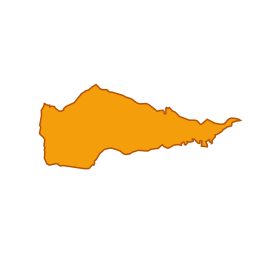 Wedjah, Sinoe, Liberia (orthographic projection), rotated 222°
{"feature_id": "62588387B38040387852125", "entity_name": "Wedjah", "entity_type": "district", "adm_level": 2, "iso_a3": "LBR", "parent_name": "Liberia", "parent_adm1": "Sinoe", "projection": "orthographic", "projection_center": [-8.85, 5.295], "detail": "medium", "context": "isolated", "style": "filled", "palette": "amber", "viewbox_px": 256, "rotation_deg": 222, "n_neighbors": 0, "source": "geoboundaries", "source_scale": "gbopen_adm2", "svg_char_len": 1863}
<svg xmlns="http://www.w3.org/2000/svg" viewBox="0 0 256 256"><g transform="rotate(222 128 128)"><path d="M49.5,208.9L51.2,208.7L54.6,207.0L58.1,204.3L59.2,201.7L59.2,195.5L61.9,192.4L67.1,189.5L75.0,187.4L75.9,179.9L76.6,179.1L81.5,179.6L83.2,178.8L87.8,174.8L97.4,171.0L103.2,171.4L106.5,170.4L111.1,170.8L111.4,169.4L113.1,169.1L113.0,167.8L109.7,164.4L109.7,163.5L110.6,162.9L112.3,164.4L113.7,164.7L116.1,162.3L117.4,160.0L127.4,159.4L130.6,158.5L135.6,153.6L138.6,152.5L145.1,151.9L150.6,149.4L153.4,148.9L163.6,144.1L165.6,142.5L167.3,141.9L168.3,142.6L169.7,142.0L173.1,139.1L175.3,138.5L180.8,138.9L182.1,134.6L182.7,130.0L184.2,127.5L185.5,122.2L184.9,110.9L188.5,102.4L188.7,98.9L187.7,98.0L189.4,95.2L191.0,94.3L194.9,94.1L197.1,94.6L199.7,92.9L200.2,91.4L201.6,92.5L202.4,91.5L204.8,90.5L206.3,90.6L206.5,90.1L205.1,87.8L204.3,83.1L200.6,79.4L195.3,70.8L193.6,70.5L190.3,65.1L189.5,64.5L184.5,64.4L182.1,63.7L178.4,58.5L176.1,57.6L175.9,56.0L173.2,54.0L170.0,49.6L164.2,47.1L161.8,47.7L157.1,53.9L152.7,54.6L151.1,56.7L132.5,69.1L129.9,71.8L129.8,77.1L128.6,77.5L129.2,79.3L130.9,81.0L130.5,83.1L131.9,90.2L131.1,96.6L128.9,99.6L126.9,102.0L120.7,104.9L118.0,105.7L113.8,105.8L111.4,107.4L109.4,109.9L108.6,112.9L105.4,118.3L98.0,124.0L96.7,127.5L91.9,133.2L91.3,138.6L88.9,138.3L84.7,139.7L82.2,146.4L79.3,149.5L76.8,150.8L78.0,152.1L77.3,154.8L76.5,154.8L75.3,153.6L73.8,153.8L73.7,156.9L75.0,157.4L71.9,159.5L71.9,160.4L70.9,161.1L70.9,162.1L72.8,162.5L72.7,163.0L71.3,164.0L66.1,163.6L64.8,164.1L64.4,164.9L66.0,166.4L65.0,167.7L64.1,167.6L61.4,163.6L56.5,167.1L57.6,168.4L61.0,169.8L59.7,173.8L58.3,172.2L56.9,172.9L55.6,172.2L55.3,172.9L57.2,175.3L57.3,179.8L58.7,181.2L57.6,182.6L56.0,188.1L56.2,190.6L55.3,192.9L55.4,194.4L52.5,198.9L54.0,201.1L54.0,202.1L53.3,203.9L49.5,208.9Z" fill="#f59e0b" stroke="#b45309" stroke-width="1.5"/></g></svg>